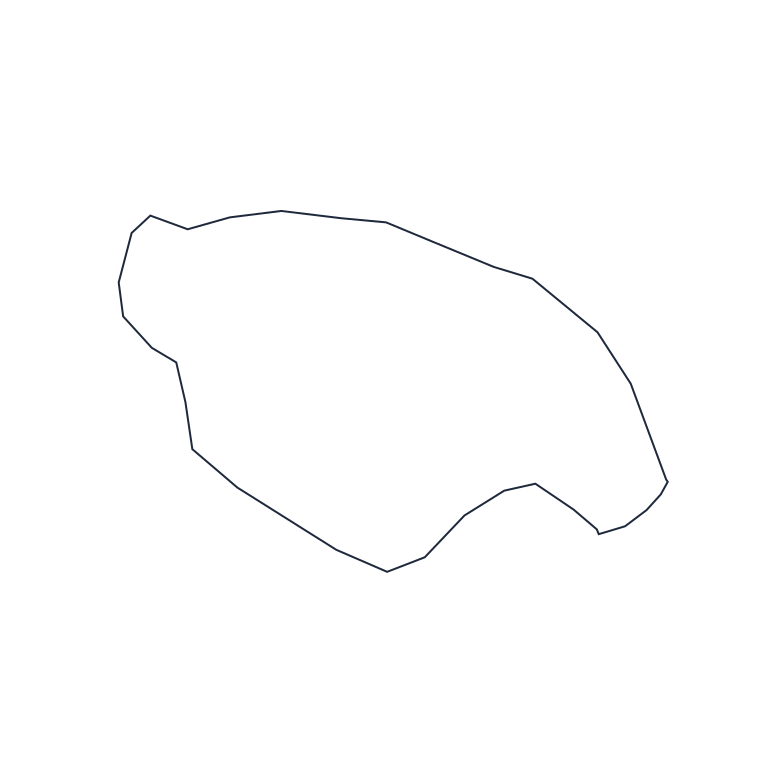 map outline of Bosnian Podrinje (orthographic projection), rotated 211°
{"feature_id": "BIH-2891", "entity_name": "Bosnian Podrinje", "entity_type": "Canton", "adm_level": 1, "iso_a3": "BIH", "parent_name": "Bosnia and Herzegovina", "parent_adm1": "", "projection": "orthographic", "projection_center": [18.793, 43.673], "detail": "fine", "context": "isolated", "style": "outline", "palette": "slate", "viewbox_px": 768, "rotation_deg": 211, "n_neighbors": 0, "source": "natural_earth", "source_scale": "10m", "svg_char_len": 582}
<svg xmlns="http://www.w3.org/2000/svg" viewBox="0 0 768 768"><g transform="rotate(211 384 384)"><path d="M122.6,365.9L126.7,369.0L156.8,374.0L202.9,376.5L226.0,354.5L247.3,312.8L259.8,256.5L284.6,224.6L339.5,217.3L456.3,219.7L514.7,229.4L544.8,266.1L573.2,295.5L601.6,295.4L642.4,307.6L663.7,334.4L678.1,383.5L671.0,408.0L632.0,415.5L602.0,447.4L561.2,479.4L506.2,504.0L465.5,523.6L415.7,531.0L350.1,540.9L311.0,550.7L227.6,538.3L172.6,511.3L92.9,447.4L90.4,446.3L89.9,431.9L94.0,411.2L104.1,386.2L119.1,369.7L122.6,365.9Z" fill="none" stroke="#1e293b" stroke-width="2"/></g></svg>